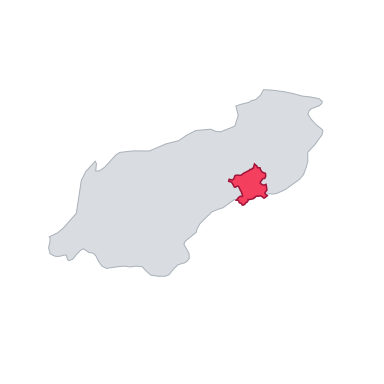 Dibër, Dibër, Albania (highlighted), rotated 68°
{"feature_id": "67620474B73468897065558", "entity_name": "Dibër", "entity_type": "district", "adm_level": 2, "iso_a3": "ALB", "parent_name": "Albania", "parent_adm1": "Dibër", "projection": "mercator", "projection_center": [20.381, 41.713], "detail": "fine", "context": "in_parent", "style": "filled", "palette": "rose", "viewbox_px": 384, "rotation_deg": 68, "n_neighbors": 0, "source": "geoboundaries", "source_scale": "gbopen_adm2", "svg_char_len": 2606}
<svg xmlns="http://www.w3.org/2000/svg" viewBox="0 0 384 384"><g transform="rotate(68 192 192)"><path d="M128.7,119.1L129.0,113.9L130.2,105.7L129.5,102.9L130.2,98.2L127.8,91.9L123.9,87.4L127.7,79.3L133.2,69.6L138.3,61.8L144.4,53.8L148.6,46.0L153.0,39.3L156.8,37.3L158.7,38.7L159.7,41.6L159.5,50.3L160.8,53.2L163.4,55.4L169.0,54.3L175.1,52.2L183.4,47.6L184.9,47.9L187.9,50.3L194.3,60.7L198.6,69.9L207.0,73.1L211.6,76.6L217.6,82.0L220.5,87.5L224.6,104.1L225.1,114.1L223.9,118.7L222.9,119.8L219.2,136.1L220.1,144.4L220.0,149.8L216.9,152.0L214.8,155.4L218.2,168.9L217.8,174.6L217.9,181.2L224.1,196.1L227.7,200.8L230.9,203.0L235.1,216.7L237.5,219.1L247.6,217.8L252.5,219.3L254.4,222.6L254.9,224.8L254.2,232.4L256.7,238.3L260.1,244.4L260.1,248.1L257.8,254.2L253.8,261.2L248.5,263.9L242.6,266.2L239.8,271.7L238.3,277.5L235.7,281.8L234.1,286.6L231.6,296.2L231.0,299.7L227.0,303.2L220.9,304.7L215.4,305.0L211.6,306.6L209.7,309.9L206.2,312.5L204.1,313.7L204.1,316.6L206.7,322.7L209.6,327.7L209.6,331.6L208.2,332.7L203.7,332.2L202.7,333.7L202.2,338.1L201.0,341.9L199.2,344.2L196.0,346.7L190.1,345.9L184.5,342.1L181.6,340.9L180.0,341.1L179.5,331.8L177.1,324.6L168.4,307.2L139.8,290.3L133.1,282.6L130.1,276.2L127.2,270.2L130.0,270.0L132.8,271.5L136.4,273.4L137.8,270.3L136.3,263.7L128.9,248.2L128.3,243.9L131.9,230.9L138.0,216.2L137.6,198.4L139.4,184.9L137.4,176.2L136.4,165.4L140.8,151.1L144.5,147.5L146.9,143.0L147.0,127.7L138.5,120.5L128.7,119.1Z" fill="#d9dde1" stroke="#a8b0b8" stroke-width="1"/><path d="M196.7,120.1L195.0,119.9L194.0,122.1L192.4,122.1L189.4,123.6L192.8,126.2L192.7,127.4L193.3,128.1L192.8,129.8L193.4,131.0L193.9,136.9L194.9,140.6L193.2,143.9L192.9,146.0L195.5,148.5L195.9,150.2L194.8,151.7L194.1,152.7L195.5,153.9L195.9,154.0L197.0,152.4L198.1,151.6L200.3,151.2L203.3,150.9L203.8,150.2L203.5,147.6L204.3,146.7L208.8,146.5L210.7,146.1L211.3,146.4L213.0,146.4L214.7,146.6L215.0,147.4L214.1,148.5L214.1,149.5L214.6,151.0L216.2,154.0L216.9,152.5L217.9,152.0L219.6,152.2L220.4,151.4L221.2,150.5L223.0,150.3L223.4,149.3L223.2,148.0L222.9,147.1L222.0,145.8L222.0,144.6L220.7,142.9L220.0,142.8L220.4,141.9L220.7,140.8L220.9,139.5L221.2,137.5L220.9,136.6L220.4,136.6L220.6,135.4L219.8,133.9L220.1,133.3L220.5,132.9L220.9,131.5L221.1,130.3L221.5,129.5L223.3,128.3L224.7,127.6L224.7,126.9L223.6,123.5L221.6,124.8L219.9,124.6L218.3,121.8L215.2,121.0L212.6,120.5L212.6,122.9L211.0,124.5L209.2,125.4L208.0,124.5L207.5,123.1L206.7,122.5L206.2,121.0L206.7,119.5L205.2,117.9L204.2,117.5L202.3,116.9L201.1,118.1L200.2,119.1L199.2,119.8L196.7,120.1Z" fill="#f43f5e" stroke="#9f1239" stroke-width="1.5"/></g></svg>